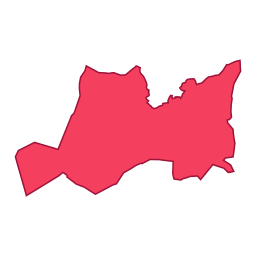 Afijio, Oyo, Nigeria (Robinson projection)
{"feature_id": "59680162B11241948791785", "entity_name": "Afijio", "entity_type": "district", "adm_level": 2, "iso_a3": "NGA", "parent_name": "Nigeria", "parent_adm1": "Oyo", "projection": "robinson", "projection_center": [3.925, 7.738], "detail": "fine", "context": "isolated", "style": "filled", "palette": "rose", "viewbox_px": 256, "rotation_deg": 0, "n_neighbors": 0, "source": "geoboundaries", "source_scale": "gbopen_adm2", "svg_char_len": 4102}
<svg xmlns="http://www.w3.org/2000/svg" viewBox="0 0 256 256"><path d="M34.5,142.4L18.3,150.6L15.4,156.8L26.3,195.1L26.4,195.6L58.5,176.0L63.0,172.4L67.1,175.3L67.0,177.0L76.3,184.1L84.3,187.2L95.4,194.2L112.7,185.0L116.4,183.8L123.6,172.8L131.8,168.1L135.4,165.7L136.4,165.2L140.6,163.4L142.1,163.6L150.0,159.5L159.2,159.6L163.3,160.2L173.2,161.4L172.8,173.6L173.9,178.9L174.0,179.0L180.8,180.0L183.6,178.4L183.8,178.4L186.5,177.8L190.1,176.4L190.8,176.4L197.3,176.0L197.9,176.5L200.6,179.6L212.9,164.5L213.6,164.9L223.9,168.2L228.1,172.4L230.0,172.3L233.8,171.4L230.6,164.9L223.5,160.3L225.4,158.0L233.0,156.9L233.6,153.5L234.9,143.4L233.9,137.9L233.3,132.7L233.0,129.2L230.9,126.8L227.6,122.7L227.5,122.0L227.2,119.9L229.4,119.6L231.5,117.1L230.9,111.6L231.2,104.7L232.1,98.5L231.5,96.2L231.6,95.6L232.3,92.2L233.4,86.4L233.9,83.9L240.3,71.7L240.6,71.1L240.2,66.0L240.2,64.1L240.0,60.4L235.3,61.5L231.1,63.4L228.5,64.7L226.6,64.7L222.8,70.7L218.8,75.0L215.0,75.4L213.2,76.1L212.1,76.3L208.5,77.0L206.8,78.2L201.7,83.1L199.5,83.5L196.6,84.5L196.1,83.2L195.5,81.3L194.9,80.1L193.9,78.7L193.0,78.8L192.6,78.9L191.8,79.0L191.0,79.0L190.8,78.9L190.5,78.9L189.7,79.0L188.9,79.2L187.9,79.4L187.3,79.5L186.9,79.9L186.3,80.5L186.0,81.1L185.8,81.7L185.5,82.1L185.2,82.6L184.9,82.8L184.7,82.7L184.3,82.7L184.2,82.7L183.8,82.8L183.7,82.9L183.4,83.0L183.2,83.1L182.8,83.2L182.6,83.3L182.4,83.4L182.4,83.5L182.2,83.9L182.2,84.1L182.1,84.4L182.1,84.5L182.0,84.8L181.9,85.1L181.9,85.3L181.8,85.5L181.7,85.8L181.7,86.0L181.5,86.3L181.4,86.3L181.2,86.4L181.2,86.5L181.0,86.8L180.9,86.9L180.7,86.9L180.6,87.0L180.4,87.3L180.2,87.6L179.9,87.7L179.8,87.8L180.1,88.4L180.3,88.6L180.5,88.9L180.6,89.0L180.9,89.5L181.2,89.8L181.8,90.0L182.0,90.2L182.2,90.3L182.3,90.5L182.5,90.5L182.8,90.7L183.0,90.7L183.4,90.8L184.0,90.7L184.5,90.8L184.9,90.9L184.0,92.4L182.6,94.0L181.8,96.4L180.6,98.2L180.1,97.2L179.8,97.1L179.6,97.1L179.3,97.1L179.0,96.9L178.7,96.9L178.4,96.9L178.0,96.9L177.6,96.9L177.2,96.9L176.9,96.8L176.8,97.1L176.6,97.4L176.4,97.3L176.2,97.3L176.0,97.2L175.8,97.1L175.5,97.0L175.6,97.3L175.6,97.5L175.4,97.6L175.2,97.6L175.2,97.8L175.1,98.0L174.8,98.1L174.7,98.1L174.2,98.2L173.4,98.3L172.9,98.4L172.3,98.5L172.1,97.8L172.0,97.0L172.0,96.4L172.3,95.8L172.2,95.6L171.5,95.5L170.5,95.5L170.5,95.8L170.4,96.1L170.2,96.3L169.5,97.1L169.1,97.9L168.9,98.5L168.8,98.9L168.4,99.7L168.0,100.6L168.1,101.4L168.1,102.2L168.2,102.8L167.8,102.8L167.5,102.8L167.3,102.8L166.9,102.9L166.4,103.0L165.8,103.0L165.1,103.1L164.8,103.2L164.7,103.2L164.3,103.2L164.1,103.2L163.9,103.3L163.8,103.2L163.7,103.2L163.5,103.3L163.3,103.4L163.1,103.5L162.9,103.6L162.7,103.6L162.7,103.9L162.8,104.5L162.7,104.9L162.6,105.1L162.3,105.3L161.9,105.5L161.5,105.7L160.2,105.9L158.9,106.4L157.8,107.2L156.0,108.2L153.8,108.5L151.8,107.4L151.7,107.0L150.7,105.8L149.8,105.3L148.9,104.2L146.9,102.7L147.0,102.5L147.4,102.1L147.9,101.6L148.4,101.1L148.6,100.8L148.3,100.6L148.0,100.4L147.8,100.1L147.6,99.9L146.9,99.5L146.6,99.3L146.0,98.4L145.9,98.1L146.2,97.6L146.3,97.4L146.5,97.1L146.9,96.9L147.3,96.6L147.5,96.5L147.8,96.3L147.9,96.2L148.0,96.2L148.3,96.1L148.5,96.0L148.8,95.8L148.9,95.6L149.0,95.4L149.0,95.2L149.1,94.9L149.2,94.6L149.2,94.4L149.1,94.0L148.9,93.6L148.9,93.4L148.8,93.2L148.7,93.0L148.7,92.8L148.6,92.7L148.6,92.3L148.6,92.1L148.6,91.9L148.7,91.7L148.8,91.7L148.8,91.2L148.7,90.9L148.7,90.6L148.8,90.4L148.7,90.4L148.5,90.2L148.4,90.1L148.4,89.9L148.1,89.9L147.9,89.8L147.5,89.6L147.2,89.4L146.8,88.6L146.8,88.4L146.6,88.0L146.4,87.2L146.6,86.7L146.6,86.2L146.7,85.8L146.8,85.4L146.9,85.1L146.8,84.4L146.7,84.3L146.3,82.5L143.8,76.9L142.0,74.7L141.9,74.7L141.2,73.9L140.6,73.2L140.4,72.8L140.1,72.1L139.9,71.2L139.9,70.4L139.9,70.1L139.9,69.9L140.0,69.4L140.0,68.7L140.3,67.8L138.0,66.6L136.2,65.9L134.5,67.8L133.5,68.2L126.4,74.2L125.6,74.9L120.5,75.1L113.8,72.7L113.1,72.7L112.6,72.8L108.4,73.4L105.3,72.9L105.1,73.0L98.7,72.6L86.3,65.9L85.0,70.8L80.7,77.1L79.5,83.2L79.4,86.7L79.4,88.9L80.1,95.5L80.0,96.0L74.2,113.0L71.4,115.9L71.1,117.0L58.0,149.4L34.5,142.4Z" fill="#f43f5e" stroke="#9f1239" stroke-width="1.5"/></svg>